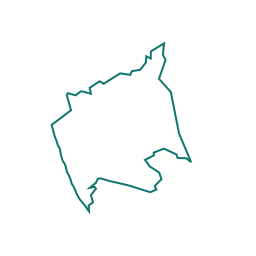 outline of Tyler, West Virginia, United States of America, rotated 293°
{"feature_id": "52423323B75939807173919", "entity_name": "Tyler", "entity_type": "district", "adm_level": 2, "iso_a3": "USA", "parent_name": "United States of America", "parent_adm1": "West Virginia", "projection": "natural_earth1", "projection_center": [-80.928, 39.451], "detail": "fine", "context": "isolated", "style": "outline", "palette": "teal", "viewbox_px": 256, "rotation_deg": 293, "n_neighbors": 0, "source": "geoboundaries", "source_scale": "gbopen_adm2", "svg_char_len": 963}
<svg xmlns="http://www.w3.org/2000/svg" viewBox="0 0 256 256"><g transform="rotate(293 128 128)"><path d="M66.3,87.1L64.0,88.8L62.2,90.8L61.4,92.0L58.4,95.0L54.6,98.1L52.7,101.0L47.0,106.8L43.6,111.3L38.6,120.8L38.3,120.8L36.0,124.7L41.4,122.1L45.9,124.8L51.6,120.2L59.6,122.2L60.7,120.3L58.0,116.2L64.9,119.8L69.5,120.1L71.0,122.7L72.0,132.0L75.2,149.6L77.6,173.6L82.4,178.1L85.0,175.3L94.0,178.8L99.2,174.1L101.1,163.2L105.3,156.1L113.1,162.6L115.4,161.2L123.0,169.1L122.6,182.9L119.8,185.4L122.9,193.4L121.2,199.5L142.9,177.1L177.8,153.4L185.4,137.3L205.3,136.0L209.1,131.5L220.0,128.1L207.5,119.1L200.8,121.8L201.1,116.8L195.3,118.9L186.2,116.4L181.9,109.4L177.7,109.3L175.3,99.5L159.2,88.3L159.9,83.6L150.0,77.0L145.1,80.5L143.6,70.5L137.6,67.0L136.6,59.1L134.5,58.7L122.1,68.6L101.0,56.5L91.3,64.1L88.3,67.2L84.9,70.0L82.8,72.8L81.6,73.8L77.3,76.6L73.1,80.0L71.7,81.4L70.7,83.2L69.4,84.7L66.3,87.1Z" fill="none" stroke="#0f766e" stroke-width="2"/></g></svg>